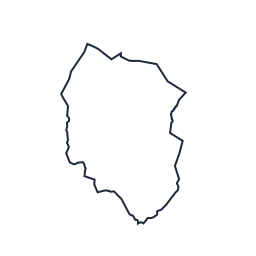 Gurvanbulag, Bayanhongor, Mongolia, rotated 156°
{"feature_id": "93677404B95109209972050", "entity_name": "Gurvanbulag", "entity_type": "district", "adm_level": 2, "iso_a3": "MNG", "parent_name": "Mongolia", "parent_adm1": "Bayanhongor", "projection": "orthographic", "projection_center": [98.593, 47.279], "detail": "fine", "context": "isolated", "style": "outline", "palette": "slate", "viewbox_px": 256, "rotation_deg": 156, "n_neighbors": 0, "source": "geoboundaries", "source_scale": "gbopen_adm2", "svg_char_len": 2686}
<svg xmlns="http://www.w3.org/2000/svg" viewBox="0 0 256 256"><g transform="rotate(156 128 128)"><path d="M130.9,221.4L137.0,215.2L157.0,202.8L161.8,196.7L175.2,186.2L175.2,184.1L173.9,172.5L177.4,166.0L177.7,165.5L177.8,165.2L178.1,164.9L178.4,164.5L178.6,164.2L178.5,163.8L178.4,162.9L178.1,162.0L178.0,161.6L177.9,161.2L177.9,160.7L178.1,160.2L178.3,159.7L178.6,159.2L179.1,158.4L181.6,157.7L182.6,154.6L185.3,151.1L185.2,149.1L187.9,141.1L189.7,139.5L189.7,134.8L194.8,129.9L195.1,120.2L192.4,117.0L190.8,116.5L187.9,116.7L183.1,115.1L182.7,112.7L183.2,110.2L183.1,108.3L184.3,107.0L187.4,101.7L179.5,94.4L181.8,90.1L181.9,81.6L180.4,81.5L179.3,81.2L178.6,81.0L178.0,80.9L177.9,80.9L177.0,80.8L176.3,80.7L175.5,80.5L174.4,80.2L173.6,80.0L173.2,79.9L172.8,79.6L172.5,79.3L171.9,78.7L171.4,78.3L171.2,78.2L170.8,78.1L170.6,77.9L170.3,77.5L170.0,77.2L169.8,76.8L166.6,75.8L164.0,68.8L162.8,65.6L162.4,59.0L161.7,49.0L161.7,48.9L161.4,48.2L161.1,47.6L160.8,47.2L160.4,46.9L160.1,46.8L159.2,46.0L159.2,45.5L159.0,45.1L158.9,44.4L158.7,43.7L158.8,43.0L158.9,42.6L158.9,42.2L159.0,42.0L159.0,41.6L158.8,41.3L158.6,41.2L158.2,40.9L157.8,40.8L157.5,40.6L157.4,40.5L157.1,40.3L157.0,40.2L156.8,40.0L156.8,39.6L156.8,39.0L156.9,38.3L157.2,37.7L157.7,36.7L157.3,36.8L156.8,36.8L155.5,36.7L154.8,36.7L154.5,36.7L154.2,36.5L153.9,36.1L153.5,35.7L153.0,35.1L152.7,34.6L148.8,36.4L147.3,37.6L146.5,37.6L145.0,37.1L143.4,36.3L141.8,36.1L140.4,36.3L138.9,36.6L138.2,36.6L137.7,36.8L136.6,37.0L136.4,37.3L136.2,37.8L135.8,39.1L135.6,39.6L135.2,40.0L134.8,40.1L133.8,40.2L133.1,40.1L132.4,39.8L130.7,39.9L124.2,42.4L117.1,46.4L111.3,49.5L107.6,51.0L105.7,54.0L105.8,57.7L102.1,60.5L100.6,74.2L91.4,83.9L83.3,94.0L91.6,106.3L86.9,114.1L86.3,115.0L86.2,115.2L85.8,115.2L85.6,115.4L85.4,115.4L85.1,115.7L84.9,115.7L84.6,115.9L84.4,116.2L84.2,116.5L84.1,116.8L84.1,117.2L84.2,117.6L84.5,117.9L84.5,118.2L84.3,118.4L84.1,118.6L84.0,118.9L84.1,119.3L84.1,119.6L83.9,120.0L83.8,120.3L83.7,120.6L83.6,121.2L83.6,121.7L83.5,122.0L83.4,122.2L83.3,122.6L83.3,122.8L83.2,123.0L82.9,123.3L82.7,123.5L82.6,123.8L82.3,124.0L82.1,124.2L81.7,124.8L81.3,125.0L81.1,125.3L80.9,125.2L80.6,125.2L80.4,125.2L79.9,125.4L79.7,125.5L79.3,125.8L79.1,125.9L78.9,125.9L78.8,126.0L78.6,126.1L78.4,126.2L78.2,126.2L78.1,126.4L78.2,126.6L77.9,126.8L77.8,127.0L77.5,127.0L77.4,127.2L77.1,127.4L76.9,127.5L76.7,127.5L76.5,128.0L76.5,127.9L76.4,127.8L76.2,127.7L75.9,128.1L75.5,128.2L75.3,128.4L75.1,128.5L74.8,128.5L74.6,128.3L69.8,133.0L60.9,136.9L72.8,154.5L75.8,174.7L91.4,185.3L96.2,187.2L99.7,189.2L105.5,196.3L104.1,199.1L115.2,197.5L123.2,212.5L126.5,216.6L130.9,221.4Z" fill="none" stroke="#1e293b" stroke-width="2"/></g></svg>